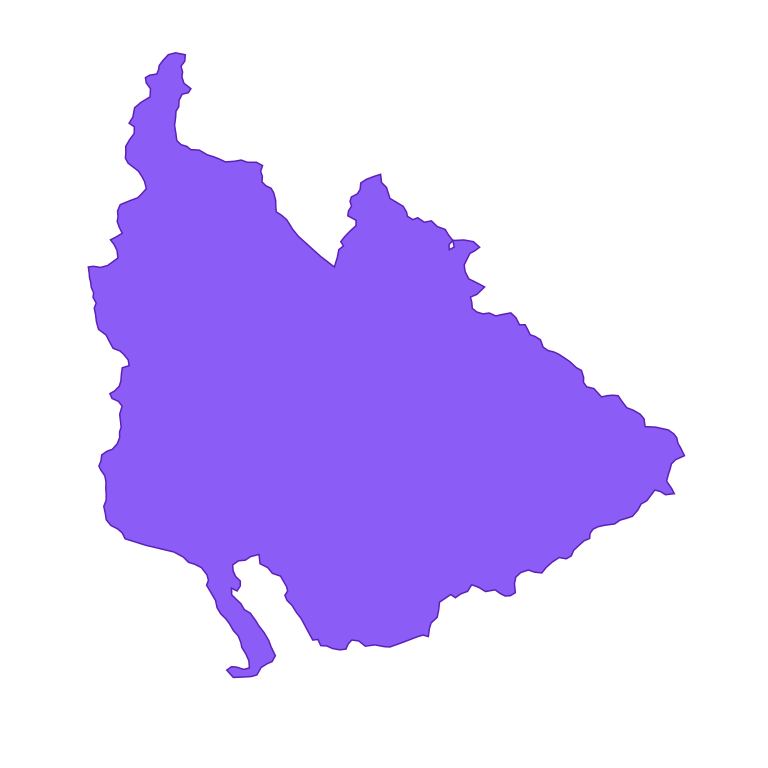 outline of Choró, Ceará, Brazil, rotated 276°
{"feature_id": "56859067B45544382813179", "entity_name": "Choró", "entity_type": "district", "adm_level": 2, "iso_a3": "BRA", "parent_name": "Brazil", "parent_adm1": "Ceará", "projection": "natural_earth1", "projection_center": [-39.181, -4.796], "detail": "fine", "context": "isolated", "style": "filled", "palette": "violet", "viewbox_px": 768, "rotation_deg": 276, "n_neighbors": 0, "source": "geoboundaries", "source_scale": "gbopen_adm2", "svg_char_len": 4738}
<svg xmlns="http://www.w3.org/2000/svg" viewBox="0 0 768 768"><g transform="rotate(276 384 384)"><path d="M83.0,257.5L76.4,264.8L77.9,274.9L79.2,282.6L81.4,288.0L89.2,291.4L93.7,297.2L96.2,301.7L102.4,304.4L110.6,299.3L117.0,296.1L124.5,290.5L130.3,284.9L135.3,281.1L142.1,275.0L145.0,268.7L150.7,264.5L154.1,260.0L158.4,254.6L165.0,253.7L162.8,259.5L168.2,262.2L173.0,261.7L177.0,256.6L182.3,253.5L188.2,252.4L192.9,257.7L194.3,264.5L198.4,269.4L201.4,277.5L192.3,279.5L189.2,287.6L184.0,292.8L182.1,301.2L177.0,304.9L172.3,308.3L168.0,309.8L163.5,307.5L158.6,310.2L154.3,315.6L147.4,321.0L142.1,326.1L135.5,330.6L127.8,335.8L121.9,339.9L123.0,345.0L117.2,348.4L117.5,354.4L115.5,360.7L115.0,367.9L116.4,373.9L121.6,375.5L126.0,378.7L125.8,385.8L121.3,392.8L123.6,402.1L122.8,411.7L123.1,417.4L126.5,424.5L129.7,431.0L136.0,443.4L138.4,449.0L137.5,454.5L145.3,454.7L151.3,455.8L157.4,461.2L164.4,462.0L172.8,462.0L181.6,472.4L178.9,477.3L183.3,482.3L186.5,488.8L193.5,492.2L191.6,499.6L188.2,506.7L190.9,516.0L187.7,521.6L185.8,526.7L186.7,531.9L190.2,536.4L199.0,534.6L205.8,535.3L210.8,539.7L214.1,547.1L212.6,553.4L212.6,560.7L218.6,564.6L224.3,569.7L229.7,576.3L229.2,583.5L232.6,588.2L238.4,590.0L243.6,594.5L249.0,599.4L251.9,604.7L256.8,604.5L261.4,607.0L264.3,611.5L266.6,618.3L268.9,627.9L273.3,633.0L275.8,639.3L278.4,644.9L285.3,649.7L291.5,652.2L295.4,657.6L301.9,661.5L306.8,664.4L306.0,670.1L303.3,675.5L305.3,684.2L310.0,681.1L317.0,675.2L324.1,676.3L329.0,677.4L334.6,678.2L339.2,681.9L344.1,690.3L351.6,685.6L355.8,682.5L361.1,680.8L364.7,677.4L368.0,671.7L369.5,658.7L368.9,648.1L376.5,646.3L380.7,642.0L384.0,634.7L385.8,627.9L391.5,622.6L396.8,618.1L396.8,612.9L395.8,607.6L393.9,601.6L397.5,597.6L401.4,593.2L402.4,585.8L406.6,582.2L411.2,581.9L418.1,579.0L420.3,573.7L425.6,566.6L428.8,560.7L432.0,554.5L433.6,549.6L434.4,543.7L437.3,538.4L444.3,535.0L447.1,529.2L448.3,524.2L453.0,521.3L457.7,518.2L457.0,512.6L463.7,508.3L468.0,502.7L465.6,494.6L463.4,488.1L465.6,481.2L464.1,475.1L465.3,468.8L468.5,463.9L474.3,462.8L479.5,460.9L482.9,467.1L491.0,473.9L493.6,467.7L497.4,457.4L504.1,453.0L510.7,451.3L517.1,453.6L522.9,455.8L525.9,460.3L530.0,464.8L534.9,458.1L535.6,448.4L533.9,437.5L538.8,432.7L544.1,428.7L546.1,420.6L551.2,414.1L549.1,407.2L552.9,400.2L550.5,395.6L553.2,389.9L557.6,388.3L562.7,384.5L566.4,376.6L569.2,370.5L574.5,368.2L579.8,365.9L584.1,360.5L592.2,358.7L589.3,352.1L585.7,345.0L581.5,339.9L574.9,339.9L570.3,337.6L566.6,332.0L562.2,331.1L557.6,333.1L552.4,330.6L547.5,330.4L543.9,339.1L538.5,339.6L532.6,334.3L526.4,329.5L521.0,326.1L517.1,329.3L512.9,325.0L505.3,324.4L495.2,322.4L504.2,307.7L522.0,283.3L528.3,277.0L533.2,273.3L537.3,269.9L541.3,264.2L543.9,258.9L550.0,257.7L555.2,257.1L562.5,254.4L566.9,251.2L568.8,245.8L572.2,241.6L577.9,241.3L582.6,239.1L588.5,240.4L591.2,233.9L590.2,225.0L591.8,218.5L590.0,212.5L588.3,203.2L590.7,196.1L592.2,190.7L593.5,184.2L597.3,175.8L596.9,167.3L599.7,163.1L600.8,157.2L604.4,152.5L611.9,150.7L619.2,148.7L627.6,148.9L633.5,148.6L638.3,150.9L644.6,150.5L651.0,152.9L653.3,159.0L657.5,161.1L662.2,153.6L668.3,150.9L673.2,151.1L678.8,148.9L684.2,152.1L690.7,152.0L691.6,142.1L689.0,135.1L682.6,130.3L677.4,127.2L673.0,126.9L668.6,125.7L666.6,118.6L663.7,114.7L658.6,116.1L653.2,120.9L645.1,121.3L638.6,112.8L632.7,107.1L623.2,106.3L616.7,103.2L613.7,108.8L607.1,109.4L600.7,105.6L593.4,102.3L586.6,103.1L581.5,103.2L576.8,106.5L573.7,111.6L570.0,117.5L564.7,121.8L560.3,124.7L553.5,127.2L547.7,123.1L543.4,119.5L539.8,112.2L534.8,102.9L528.1,100.9L522.9,102.0L517.6,101.7L511.9,104.5L506.6,107.9L502.2,102.2L498.8,96.9L494.6,100.9L489.0,104.5L481.5,106.2L476.4,100.6L472.9,96.7L470.3,89.8L470.7,82.8L469.5,77.7L463.9,79.1L459.0,80.0L454.7,81.6L449.4,82.8L444.6,85.6L439.8,85.6L434.4,89.3L429.0,87.9L422.9,89.9L415.8,91.5L408.5,94.4L403.6,102.5L397.8,106.3L391.2,110.8L389.2,118.1L386.3,122.0L381.2,127.1L375.6,128.6L372.8,122.0L366.7,121.8L359.4,122.0L354.1,120.9L348.8,116.7L345.8,112.4L341.2,115.0L339.0,121.7L334.6,125.8L326.2,124.3L318.7,126.0L313.4,127.1L308.7,126.0L303.0,126.7L296.6,124.9L290.6,120.6L288.2,115.5L284.0,110.7L277.5,110.5L272.6,109.0L268.4,111.7L263.6,115.9L257.5,117.8L251.3,118.2L245.1,119.3L239.2,119.8L233.1,118.1L226.0,120.4L219.9,122.0L214.8,127.1L212.1,134.1L208.5,139.3L203.0,142.7L198.7,163.9L195.0,192.5L190.9,202.5L186.2,208.2L185.0,214.5L182.3,221.6L175.6,228.0L170.4,229.9L165.3,228.6L158.2,233.9L151.1,239.1L144.0,241.4L138.2,245.8L134.0,251.2L129.4,255.4L123.0,260.0L118.2,265.4L111.8,268.7L107.2,270.1L101.0,274.9L94.5,278.6L87.6,279.8L85.5,274.4L87.0,267.4L87.0,262.0L83.0,257.5ZM533.9,437.5L527.5,439.5L524.4,434.9L529.5,434.1L533.9,437.5Z" fill="#8b5cf6" stroke="#5b21b6" stroke-width="1.5"/></g></svg>